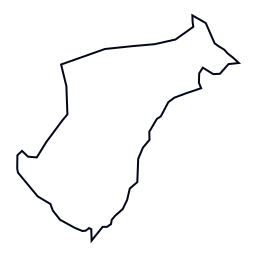 Tchintabaraden, Tahoua, Niger (Mercator projection)
{"feature_id": "23599985B37880443282078", "entity_name": "Tchintabaraden", "entity_type": "district", "adm_level": 2, "iso_a3": "NER", "parent_name": "Niger", "parent_adm1": "Tahoua", "projection": "mercator", "projection_center": [5.816, 15.933], "detail": "fine", "context": "isolated", "style": "outline", "palette": "ink", "viewbox_px": 256, "rotation_deg": 0, "n_neighbors": 0, "source": "geoboundaries", "source_scale": "gbopen_adm2", "svg_char_len": 834}
<svg xmlns="http://www.w3.org/2000/svg" viewBox="0 0 256 256"><path d="M37.7,196.4L50.4,204.0L52.9,210.7L60.1,219.8L74.7,227.8L82.4,231.0L85.7,230.7L89.0,228.1L91.3,229.2L91.6,240.6L102.6,226.9L106.9,226.9L111.0,224.1L111.7,219.9L115.2,215.7L122.7,209.1L127.1,200.0L129.8,188.5L137.3,182.1L138.2,158.9L142.9,147.7L149.5,139.8L149.3,131.7L156.8,119.0L160.8,116.4L168.3,102.2L174.3,97.7L186.0,93.3L201.1,88.2L198.9,82.8L199.2,73.3L202.8,67.7L213.2,74.1L219.9,73.8L228.5,64.1L235.1,63.4L238.8,63.0L233.2,57.8L227.6,53.4L224.3,49.7L218.4,46.1L214.6,43.3L205.8,23.1L192.4,15.4L192.6,21.8L193.3,26.8L180.8,35.7L175.5,39.5L154.6,44.2L132.8,46.1L104.9,49.0L61.1,64.5L66.4,86.2L67.4,114.4L62.5,120.2L46.3,142.0L36.8,157.4L28.1,156.7L22.0,150.9L17.4,155.3L17.2,168.5L18.0,172.7L37.7,196.4Z" fill="none" stroke="#020617" stroke-width="2"/></svg>